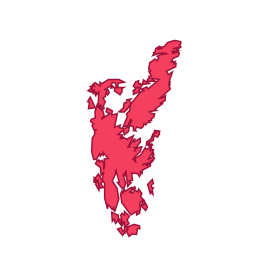 Bømlo nor, Hordaland, Norway, rotated 204°
{"feature_id": "86288312B58767518046388", "entity_name": "Bømlo nor", "entity_type": "district", "adm_level": 2, "iso_a3": "NOR", "parent_name": "Norway", "parent_adm1": "Hordaland", "projection": "mercator", "projection_center": [5.207, 59.741], "detail": "fine", "context": "isolated", "style": "filled", "palette": "rose", "viewbox_px": 256, "rotation_deg": 204, "n_neighbors": 0, "source": "geoboundaries", "source_scale": "gbopen_adm2", "svg_char_len": 5874}
<svg xmlns="http://www.w3.org/2000/svg" viewBox="0 0 256 256"><g transform="rotate(204 128 128)"><path d="M107.3,100.2L110.8,101.7L109.4,102.5L110.4,103.9L107.0,111.6L108.1,115.4L107.2,116.8L111.8,113.5L112.8,108.9L112.6,112.7L114.1,112.8L112.5,113.8L111.0,120.0L112.7,123.5L116.6,117.8L117.9,118.5L117.0,120.6L118.3,120.0L118.4,117.1L119.7,113.4L118.4,111.4L120.3,110.5L119.9,123.2L124.5,117.4L123.0,117.0L129.8,117.8L130.6,116.1L129.2,116.1L130.7,115.0L130.9,116.0L130.2,119.4L134.5,118.0L131.3,123.8L128.5,120.5L126.1,125.0L127.6,130.3L131.1,125.4L136.1,124.9L136.2,127.5L140.6,123.2L143.6,136.6L148.2,133.3L149.3,137.3L155.2,137.7L154.6,133.9L150.5,133.7L156.1,125.0L154.7,129.4L157.7,133.2L163.4,134.8L164.5,136.2L165.2,138.2L165.7,137.9L164.8,129.4L161.9,123.9L165.1,121.0L165.0,118.8L161.1,117.7L161.9,115.6L157.8,112.1L155.9,114.1L157.3,111.9L155.8,108.5L156.5,104.2L151.6,91.7L146.6,85.3L144.0,86.6L143.6,93.2L141.8,91.0L141.5,93.3L139.6,92.9L140.7,95.6L133.8,92.1L137.1,90.0L134.0,84.0L133.3,79.9L135.6,85.9L138.5,88.0L139.8,86.0L142.2,87.4L140.7,85.6L143.0,85.8L143.2,82.1L137.2,80.7L133.3,73.9L132.3,78.1L130.3,69.7L127.0,68.2L120.7,54.3L113.9,45.8L114.9,49.8L109.3,47.2L108.8,49.5L107.3,46.8L106.2,46.6L107.5,59.5L113.4,68.4L120.8,73.2L120.7,81.5L121.8,83.1L121.7,84.5L113.9,74.9L115.5,73.9L108.4,70.2L107.2,72.8L107.8,76.7L113.1,83.1L112.7,85.1L110.5,82.7L112.8,88.5L104.6,74.5L102.9,79.3L106.0,79.7L102.7,82.1L106.4,88.3L100.4,90.3L97.9,88.3L97.6,91.7L99.5,93.5L96.8,92.3L97.6,95.5L92.1,102.5L93.0,104.6L95.8,100.9L95.3,103.0L99.5,100.3L99.5,100.9L92.4,106.4L91.9,108.4L93.2,107.8L91.4,111.0L93.6,112.3L96.9,106.9L96.3,112.7L93.4,113.9L94.7,115.6L95.8,113.7L95.8,118.5L97.6,118.4L98.4,116.1L98.9,116.2L98.5,119.7L99.7,121.0L98.6,122.4L99.8,123.1L102.8,120.4L99.8,119.5L102.7,115.7L104.3,116.9L105.3,108.6L109.2,103.4L107.3,100.2ZM122.1,127.8L119.6,128.5L120.7,129.0L120.5,132.5L116.2,132.9L114.8,135.0L115.1,138.6L113.0,138.0L113.0,140.2L110.3,142.2L111.8,143.0L109.5,144.3L110.4,145.7L108.9,148.2L109.3,151.7L113.5,150.8L114.9,151.9L109.1,155.6L111.0,156.0L106.6,163.8L109.2,164.1L106.4,164.9L107.0,166.3L105.3,168.0L106.9,172.8L108.7,169.7L111.0,168.1L105.2,180.8L108.6,184.5L107.4,184.8L108.8,186.0L108.0,187.0L109.2,187.6L110.3,197.1L112.7,193.2L115.9,195.5L109.3,203.4L110.5,206.7L111.8,206.4L111.9,205.6L112.2,205.5L112.3,205.1L112.5,205.1L112.0,208.0L116.0,205.3L114.8,207.6L115.6,209.4L111.4,214.0L111.4,216.8L112.9,218.2L118.1,213.8L116.6,215.9L119.3,215.5L113.4,219.3L114.8,219.5L113.5,222.1L119.3,218.6L112.8,223.7L114.8,224.7L114.0,226.5L115.1,228.3L121.2,226.9L126.6,222.2L127.9,217.3L130.1,215.5L129.3,214.4L133.1,212.1L130.4,215.0L132.3,215.6L135.0,211.9L134.2,208.3L135.7,206.8L134.3,207.5L134.8,204.4L129.4,209.4L123.7,211.8L122.7,211.6L128.6,207.9L130.5,205.4L128.5,204.6L128.8,201.4L131.4,202.0L134.7,196.5L133.1,190.4L130.6,189.3L132.0,188.1L127.9,185.2L130.0,183.5L128.6,182.0L129.9,180.5L129.4,177.5L133.4,178.2L132.7,173.4L126.4,177.5L128.8,178.3L127.5,179.4L122.0,181.8L127.4,182.9L119.4,184.9L125.5,171.8L127.5,173.2L131.6,168.8L128.7,168.7L131.3,166.2L135.2,150.7L133.6,144.7L135.1,140.3L133.3,138.4L132.9,126.8L129.2,130.0L129.1,137.0L127.6,136.5L127.8,131.0L123.5,131.3L122.1,127.8ZM90.1,49.7L86.2,55.2L84.8,52.1L82.8,54.7L83.4,56.9L85.0,56.1L83.3,58.3L86.9,64.3L84.9,68.5L88.6,70.4L88.7,73.9L93.5,76.5L92.9,73.6L96.4,74.1L97.2,70.2L100.5,70.2L96.8,76.0L97.8,77.0L99.3,75.5L99.1,73.0L100.7,75.0L105.4,68.7L106.8,71.3L106.3,66.5L108.0,68.0L107.9,64.6L103.2,57.2L90.1,49.7ZM158.7,134.5L157.8,136.2L159.5,138.2L159.4,142.8L160.9,143.4L161.4,144.3L163.1,145.0L163.2,145.4L161.6,147.2L162.4,151.9L160.2,149.9L159.5,152.7L162.4,155.3L161.6,154.0L164.8,153.8L160.6,159.9L159.9,157.5L156.7,159.6L160.6,160.3L160.9,163.2L157.9,164.1L155.3,160.6L154.2,162.0L155.2,164.9L150.0,168.4L156.1,168.6L165.6,164.3L169.8,158.0L172.2,158.4L170.6,155.0L176.5,156.0L177.7,154.0L176.0,152.6L177.7,152.7L177.1,150.0L178.5,151.3L179.5,150.4L177.4,149.8L179.7,145.8L176.4,145.7L176.3,148.4L173.5,144.7L174.7,149.6L170.3,143.7L171.3,147.4L169.1,146.4L169.8,148.6L169.6,148.7L169.5,149.1L169.4,149.3L164.3,136.3L160.8,135.2L162.8,137.0L162.4,138.1L158.7,134.5ZM82.9,29.4L81.1,32.9L76.9,34.2L78.5,40.1L76.3,40.7L77.7,43.3L83.2,42.4L87.4,38.3L87.0,32.7L82.9,29.4ZM93.8,35.8L93.9,37.9L96.1,38.9L96.4,40.1L94.0,38.8L93.3,37.1L94.2,40.2L92.9,40.6L91.3,36.7L88.2,41.0L91.4,43.6L90.9,47.9L97.2,50.3L95.8,46.9L98.7,47.6L99.2,45.4L96.3,41.4L98.6,41.4L98.7,38.8L93.8,35.8ZM134.7,63.4L129.4,59.3L131.1,64.0L132.9,65.7L134.8,68.7L129.2,61.6L126.3,63.7L130.2,66.1L129.3,68.8L136.3,74.0L137.6,68.6L138.8,69.0L137.0,64.6L136.0,65.1L137.2,67.9L135.5,67.2L134.7,63.4ZM142.9,139.1L138.1,140.9L136.3,145.2L135.3,152.2L138.2,153.4L137.3,155.5L140.6,153.3L139.7,150.1L141.7,149.4L140.4,144.5L142.9,139.1ZM136.7,160.9L132.0,166.2L133.2,166.5L132.8,169.5L137.0,168.7L133.2,169.8L132.3,173.5L134.7,172.9L134.9,173.5L136.4,172.7L137.5,175.4L139.7,173.5L140.2,168.4L136.9,167.4L138.3,164.5L136.6,165.1L138.0,163.8L136.7,160.9ZM87.1,84.4L80.3,76.4L82.9,80.0L78.3,77.6L81.1,82.1L80.4,83.5L82.9,83.6L83.4,86.3L82.2,87.5L84.8,90.9L87.1,84.4ZM103.7,120.4L102.8,120.8L102.1,122.6L102.4,123.8L99.9,126.9L100.8,130.6L102.1,129.6L101.3,131.8L97.3,131.7L96.8,135.5L98.2,137.2L97.2,138.2L102.7,136.6L102.2,134.6L99.8,136.0L102.9,132.8L102.4,127.4L105.2,123.0L104.4,120.0L103.0,123.2L103.7,120.4ZM100.6,35.8L99.4,40.0L101.4,44.3L108.6,44.4L104.4,36.4L103.6,39.2L100.6,35.8ZM172.0,129.6L166.2,133.2L175.0,140.8L175.6,135.7L173.6,135.6L172.0,129.6ZM155.4,156.4L148.8,155.1L148.2,158.5L149.5,161.6L148.4,163.3L156.3,159.5L155.4,156.4ZM89.3,27.7L88.9,30.9L87.4,30.1L88.7,31.2L87.4,33.1L88.2,38.0L90.8,35.8L89.7,33.2L90.9,31.7L93.6,34.2L96.4,31.3L89.3,27.7ZM78.3,59.8L78.2,63.9L81.0,66.1L83.0,63.3L82.0,66.8L84.4,68.8L84.6,62.2L78.3,59.8Z" fill="#f43f5e" stroke="#9f1239" stroke-width="1.5"/></g></svg>